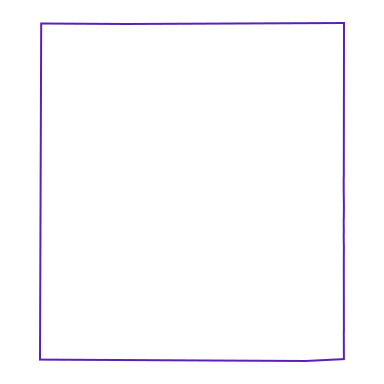 the district of Moody, South Dakota, United States of America
{"feature_id": "52423323B47185171821034", "entity_name": "Moody", "entity_type": "district", "adm_level": 2, "iso_a3": "USA", "parent_name": "United States of America", "parent_adm1": "South Dakota", "projection": "albers", "projection_center": [-96.52, 44.022], "detail": "fine", "context": "isolated", "style": "outline", "palette": "violet", "viewbox_px": 384, "rotation_deg": 0, "n_neighbors": 0, "source": "geoboundaries", "source_scale": "gbopen_adm2", "svg_char_len": 408}
<svg xmlns="http://www.w3.org/2000/svg" viewBox="0 0 384 384"><path d="M41.2,23.5L40.0,359.6L305.7,361.0L343.9,359.1L343.8,332.5L343.8,331.0L343.9,330.9L343.8,262.7L343.8,261.1L343.9,245.8L343.8,245.2L343.7,234.7L343.8,232.5L343.7,220.4L343.8,218.6L343.9,206.8L343.9,204.9L343.7,190.5L343.7,188.9L343.7,178.2L343.8,176.4L344.0,23.0L126.0,24.0L41.2,23.5Z" fill="none" stroke="#5b21b6" stroke-width="2"/></svg>